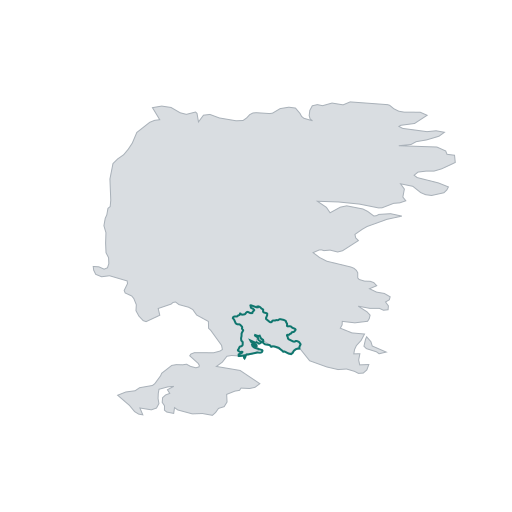 Sligo highlighted on a map of Ireland, rotated 197°
{"feature_id": "IRL-728", "entity_name": "Sligo", "entity_type": "County", "adm_level": 1, "iso_a3": "IRL", "parent_name": "Ireland", "parent_adm1": "", "projection": "robinson", "projection_center": [-8.586, 54.193], "detail": "fine", "context": "in_parent", "style": "outline", "palette": "teal", "viewbox_px": 512, "rotation_deg": 197, "n_neighbors": 0, "source": "natural_earth", "source_scale": "10m", "svg_char_len": 7670}
<svg xmlns="http://www.w3.org/2000/svg" viewBox="0 0 512 512"><g transform="rotate(197 256 256)"><path d="M328.8,96.0L317.2,101.9L315.5,104.2L312.2,113.6L311.9,116.3L304.6,126.7L300.5,128.8L294.3,130.5L290.8,132.2L286.4,131.3L280.8,131.5L278.1,133.3L278.2,134.8L279.9,136.4L290.2,141.2L289.6,143.2L286.7,145.5L268.2,151.1L262.7,154.5L260.8,156.7L262.8,160.5L277.6,171.7L280.2,173.0L282.4,179.5L295.5,182.2L300.8,186.3L305.4,187.3L315.5,187.0L319.5,188.5L321.8,187.3L323.1,185.2L334.2,177.2L330.7,171.2L341.9,161.1L345.0,161.2L350.4,164.3L354.8,168.6L356.2,174.4L360.4,179.6L363.1,181.4L370.3,182.4L372.0,184.5L370.8,192.0L371.9,194.5L390.3,194.3L397.6,191.0L403.9,191.6L407.1,195.0L408.6,198.4L403.1,199.7L397.4,199.0L394.6,201.3L394.5,205.7L396.5,211.3L400.4,215.3L403.6,224.4L406.3,234.4L410.3,240.5L411.2,248.0L410.7,251.7L411.5,258.3L409.9,260.6L411.2,266.9L418.2,286.9L419.8,302.6L416.6,308.5L412.2,314.1L409.4,320.7L407.3,327.8L406.1,339.3L396.7,352.8L392.6,356.1L387.9,358.2L398.4,367.6L390.0,371.8L380.7,373.2L370.4,370.8L364.0,371.1L355.9,376.0L354.1,375.1L350.2,367.4L347.4,375.3L341.5,377.9L331.4,377.3L314.5,379.5L308.0,381.8L305.3,385.3L303.3,389.4L300.7,391.9L297.7,393.1L284.6,396.2L282.0,397.4L276.0,404.0L268.1,407.9L261.5,409.0L255.6,405.2L253.2,402.8L250.5,401.7L241.5,401.8L244.4,403.0L246.2,405.8L247.1,411.0L246.1,416.1L241.6,418.7L236.3,419.2L228.0,424.5L216.9,426.0L211.0,430.9L174.4,439.2L172.3,439.2L167.2,437.1L161.8,436.2L156.3,436.9L141.0,441.5L133.5,440.6L143.1,429.1L155.8,423.3L157.2,421.7L153.0,420.9L128.8,424.9L120.4,428.4L112.0,429.4L116.0,424.1L126.8,416.9L136.2,412.2L140.3,408.0L151.7,403.2L114.9,413.1L105.3,411.9L103.1,409.1L95.6,410.4L92.8,403.7L104.0,393.6L110.5,389.3L118.2,386.9L125.6,383.6L128.4,379.5L124.9,378.1L102.8,379.2L92.2,378.3L92.8,375.0L94.8,371.4L105.8,365.2L111.8,364.2L117.1,364.8L126.4,368.5L138.9,367.3L133.7,363.4L132.8,355.3L128.9,352.6L134.0,348.9L139.8,346.6L149.6,338.9L153.0,337.8L172.2,335.9L192.9,331.8L213.3,326.3L202.9,323.1L197.8,319.0L189.7,327.3L183.9,330.5L167.5,332.2L162.3,331.3L155.0,328.7L152.7,329.7L150.6,331.7L139.7,335.8L128.2,336.8L141.6,329.3L158.5,316.6L162.3,312.5L167.7,305.6L166.0,302.5L162.6,300.7L174.8,286.3L179.1,283.7L186.9,283.3L192.6,281.0L195.2,281.0L197.4,280.2L202.4,275.9L194.7,273.1L186.7,271.7L162.1,273.2L158.8,272.9L155.8,271.6L153.8,269.7L152.3,264.8L150.5,263.7L144.9,263.7L139.4,265.2L135.6,265.0L131.9,262.9L137.9,257.9L130.2,256.7L122.4,257.7L115.8,256.2L115.7,253.1L118.7,249.9L114.8,247.0L114.0,243.2L118.2,241.4L122.7,242.0L131.9,239.2L143.6,237.9L133.6,235.1L129.6,232.8L129.4,229.2L130.2,226.2L141.9,221.0L154.4,218.7L153.5,215.3L154.3,211.6L141.8,210.5L129.4,213.1L130.8,206.0L133.8,199.7L134.4,195.5L133.9,191.0L128.1,192.9L127.4,186.5L125.0,182.2L116.4,185.2L116.7,179.5L119.2,175.4L123.7,173.7L128.1,174.5L136.4,174.4L144.3,171.4L155.8,170.6L174.1,171.5L186.6,180.1L189.9,178.5L194.9,173.2L197.3,172.6L216.2,174.9L228.0,178.0L231.2,177.0L229.5,171.1L225.4,166.9L230.5,161.5L236.7,157.8L240.8,156.0L250.3,153.7L254.5,151.6L257.2,144.6L261.6,138.8L237.7,141.9L215.0,135.0L218.6,130.1L223.4,127.4L231.7,125.3L232.5,122.7L236.7,120.6L243.6,115.1L241.0,107.9L242.4,102.6L247.3,99.3L248.9,94.5L251.1,90.9L261.2,89.7L270.8,86.4L285.8,85.9L289.6,87.2L288.7,81.4L295.7,80.7L298.5,81.8L299.7,86.0L302.9,88.6L303.9,93.2L301.8,96.7L298.3,99.4L301.6,102.2L296.5,107.3L302.0,105.1L309.8,100.2L309.3,96.1L308.0,91.1L305.7,86.5L306.7,81.5L311.1,78.3L322.6,76.7L317.8,71.0L322.0,70.5L326.6,71.7L333.3,76.1L347.6,82.4L340.7,87.9L332.2,91.8L328.8,96.0ZM126.9,208.4L126.6,211.1L121.1,207.7L118.5,203.9L103.4,202.2L109.7,198.5L112.8,199.6L123.4,199.7L126.4,201.3L126.9,208.4Z" fill="#d9dde1" stroke="#a8b0b8" stroke-width="1"/><path d="M187.5,184.3L187.8,183.0L187.9,181.6L187.5,180.2L189.1,179.7L190.8,178.4L192.1,176.5L192.6,174.0L193.7,172.4L196.2,172.2L200.7,173.0L201.2,172.9L201.6,172.5L202.0,172.4L202.9,172.9L204.1,173.5L205.3,173.9L207.0,174.7L208.1,174.9L211.8,174.9L213.4,174.6L214.9,173.6L216.9,174.8L221.5,174.2L223.5,174.9L224.0,175.8L224.2,176.9L224.7,177.9L226.8,178.5L227.6,179.1L229.2,180.9L230.1,180.3L231.3,180.1L233.7,180.2L233.7,179.6L232.6,179.2L231.3,178.9L230.1,178.3L229.7,177.3L229.2,176.5L228.1,176.0L226.7,175.7L225.6,175.7L225.6,174.9L226.1,174.5L226.9,173.4L227.6,173.0L229.2,173.6L230.2,173.8L230.7,173.3L231.5,172.9L236.7,173.6L235.6,172.5L234.2,171.7L232.8,171.2L231.4,171.0L229.9,171.1L229.4,170.9L229.2,170.1L229.6,169.1L230.5,169.4L232.2,170.4L233.7,169.8L233.1,168.9L231.5,168.1L229.9,167.8L222.6,167.8L222.2,167.5L222.1,166.5L222.4,165.7L223.1,165.1L224.0,164.7L226.2,164.2L234.8,159.6L236.0,159.3L236.4,159.0L236.7,158.2L236.7,156.3L237.0,154.7L237.5,155.0L238.1,156.0L238.3,156.6L238.6,156.7L238.7,156.8L238.7,157.3L240.9,156.2L243.1,155.3L243.3,155.3L243.8,156.8L243.3,157.4L242.8,157.7L242.1,158.2L241.1,159.4L240.9,160.0L241.0,160.3L241.5,160.3L241.8,160.2L242.4,159.7L242.8,159.6L243.2,159.6L245.2,160.1L245.7,160.5L245.8,160.8L245.7,161.2L245.6,161.5L245.4,162.0L245.2,163.8L245.0,164.4L244.7,164.8L244.4,165.0L244.0,165.2L243.6,165.4L243.3,165.8L242.9,166.5L242.8,167.0L242.9,167.5L243.4,169.4L243.6,169.8L243.9,170.1L244.3,170.2L244.8,170.5L245.4,171.0L246.1,172.6L246.3,173.6L246.4,175.0L246.6,175.8L246.9,176.9L247.1,177.5L247.1,178.0L246.8,179.7L246.5,180.9L246.6,181.3L246.8,181.5L247.7,182.0L248.2,182.5L248.3,183.0L248.3,183.6L248.5,184.0L248.7,184.3L251.0,185.6L251.4,185.7L251.9,185.8L253.5,185.3L254.0,185.3L254.5,185.3L255.0,185.4L255.4,185.6L255.7,185.8L256.0,186.0L258.2,188.6L258.9,189.1L260.0,189.8L260.0,190.7L259.6,191.2L259.3,191.6L258.6,192.0L257.1,192.4L256.4,192.7L256.1,193.1L255.8,193.8L255.3,194.2L254.6,194.7L254.4,195.1L254.3,195.5L254.4,195.9L254.4,196.3L254.1,196.4L253.8,196.3L253.3,195.9L252.7,195.8L251.9,195.9L250.4,196.6L249.7,197.0L249.3,197.5L249.0,198.6L248.5,199.4L248.2,199.8L248.0,200.0L247.1,200.1L246.6,200.1L245.7,199.8L245.1,199.8L244.4,199.8L243.1,200.2L242.8,200.5L242.8,200.8L242.9,201.2L242.8,201.8L242.2,202.8L242.1,203.3L241.9,203.7L242.0,203.9L242.1,204.0L242.3,204.1L243.8,204.8L244.3,204.8L245.2,204.9L245.6,205.0L245.8,205.2L246.0,205.5L246.1,205.8L246.2,206.1L246.7,206.7L246.9,207.1L246.7,207.3L246.3,207.4L240.3,207.1L239.6,207.3L239.2,207.5L239.3,207.8L239.5,207.9L239.7,208.2L239.5,208.3L239.1,208.5L238.7,208.5L238.2,208.5L237.7,208.4L236.9,208.2L235.3,207.3L234.0,207.1L233.7,206.9L233.4,206.7L233.3,206.3L233.2,205.6L233.1,205.2L232.9,204.9L232.7,204.6L232.3,204.5L231.9,204.3L229.4,204.4L229.0,204.4L228.4,204.1L228.0,202.6L228.3,199.7L228.1,199.1L227.9,198.7L223.8,197.0L223.3,196.9L222.8,196.9L222.4,197.0L222.0,197.2L221.8,197.4L221.6,197.8L221.5,198.5L221.4,198.8L221.1,199.1L220.8,199.3L220.4,199.4L218.9,199.9L218.6,200.0L218.2,200.4L217.8,200.7L217.0,200.8L216.4,201.0L216.0,201.2L215.4,202.0L214.9,202.5L214.2,202.7L210.9,203.0L208.9,202.7L208.5,202.5L208.2,202.3L207.7,201.3L206.6,200.5L206.5,200.3L206.4,200.1L206.1,199.1L206.1,198.7L205.9,198.2L205.6,198.1L205.2,198.0L204.8,198.1L203.6,198.6L203.0,198.7L202.2,198.8L201.7,198.7L200.3,198.0L197.8,197.8L197.1,197.6L196.7,197.3L196.6,196.9L196.7,196.5L196.8,196.2L197.2,195.2L197.5,194.7L197.9,194.3L199.0,193.8L199.3,193.6L199.5,193.4L199.6,193.1L199.6,192.7L199.7,192.3L199.9,192.1L200.2,191.8L200.5,191.6L200.8,191.4L201.1,190.7L201.3,190.4L201.6,190.2L202.8,189.9L203.1,189.7L203.2,189.4L203.1,188.9L202.1,188.0L201.9,187.6L201.3,186.5L200.9,186.2L200.3,185.9L195.4,185.1L194.9,185.2L194.0,185.4L193.7,185.6L193.5,185.9L193.3,186.2L193.0,186.4L192.6,186.5L192.1,186.6L190.5,186.5L190.0,186.4L189.5,186.2L187.7,184.8L187.5,184.3L187.5,184.3Z" fill="none" stroke="#0f766e" stroke-width="2"/></g></svg>